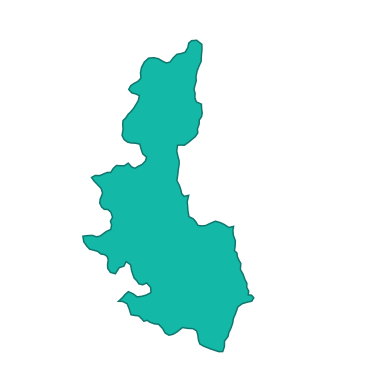 Fortuna de Minas, Minas Gerais, Brazil (Natural Earth projection), rotated 25°
{"feature_id": "56859067B93002410173864", "entity_name": "Fortuna de Minas", "entity_type": "district", "adm_level": 2, "iso_a3": "BRA", "parent_name": "Brazil", "parent_adm1": "Minas Gerais", "projection": "natural_earth1", "projection_center": [-44.511, -19.534], "detail": "fine", "context": "isolated", "style": "filled", "palette": "teal", "viewbox_px": 384, "rotation_deg": 25, "n_neighbors": 0, "source": "geoboundaries", "source_scale": "gbopen_adm2", "svg_char_len": 2878}
<svg xmlns="http://www.w3.org/2000/svg" viewBox="0 0 384 384"><g transform="rotate(25 192 192)"><path d="M169.8,127.4L168.2,123.8L168.8,119.5L167.8,115.9L165.6,112.6L163.4,108.4L157.9,108.5L154.7,105.3L153.1,101.3L150.4,98.1L149.5,93.6L148.9,89.5L146.9,85.9L145.5,80.3L145.1,74.9L145.1,69.9L142.5,63.5L140.9,58.8L138.5,54.0L132.1,52.5L127.7,55.0L126.1,58.4L127.2,62.8L126.7,68.2L123.9,70.9L120.1,73.6L118.3,78.4L117.2,83.5L114.2,85.9L110.2,85.9L105.4,85.4L100.7,86.4L96.1,89.0L93.9,94.3L93.6,100.5L95.0,105.9L97.6,110.2L96.2,114.7L93.7,117.9L91.5,121.6L91.3,125.8L95.5,127.6L99.1,127.0L103.5,126.8L104.7,131.9L104.3,135.7L103.7,141.0L102.7,144.8L101.3,148.5L100.6,153.0L99.3,156.4L100.6,160.0L103.0,164.2L104.7,170.3L108.3,173.2L112.5,174.0L115.7,173.4L120.3,171.6L124.5,170.7L127.9,174.8L131.3,178.3L136.1,179.6L136.7,183.5L135.2,188.0L132.3,191.6L130.3,194.6L126.7,194.8L122.0,192.8L119.5,197.0L115.7,198.6L112.3,199.9L110.7,203.9L110.1,208.6L106.9,210.1L104.3,212.9L101.5,216.1L97.3,217.9L94.8,221.3L98.5,223.4L103.7,225.4L108.2,227.2L111.5,231.0L111.8,237.2L113.1,241.1L116.5,243.8L119.7,244.8L123.2,243.4L127.0,244.6L130.7,248.5L130.4,253.0L133.0,255.7L134.2,260.2L130.9,264.2L129.1,267.5L127.3,270.8L124.3,273.0L120.1,273.4L115.5,275.8L111.8,278.2L115.0,282.9L119.5,285.5L123.4,287.1L127.5,286.3L131.5,285.7L135.7,286.7L139.1,285.7L142.4,286.3L144.8,288.9L146.0,293.2L147.9,296.9L152.0,299.3L157.1,298.5L158.0,291.4L161.6,288.0L161.7,282.9L167.1,283.9L170.2,288.4L173.0,291.5L176.0,294.5L179.5,295.8L182.7,297.7L186.6,296.9L189.4,293.6L194.9,296.0L197.3,300.5L194.2,304.6L190.8,307.6L186.7,310.2L181.7,309.2L176.4,309.2L174.7,313.2L173.5,317.5L171.6,322.1L175.4,320.5L180.5,320.7L184.2,324.2L188.6,329.0L192.0,328.2L195.9,326.8L200.0,328.2L203.0,329.5L205.6,327.2L208.8,327.8L213.7,327.4L217.6,326.0L223.0,328.1L227.4,331.2L231.7,331.5L234.9,329.0L237.6,325.1L240.6,318.9L246.0,317.3L250.7,315.4L254.9,315.9L257.7,319.1L260.4,323.4L263.3,326.4L267.6,326.8L271.0,326.6L274.7,326.4L279.3,325.9L283.7,325.4L287.3,323.6L286.7,318.4L284.5,313.5L285.7,307.6L284.8,303.9L284.8,298.7L284.3,293.8L283.0,289.2L282.8,283.3L282.1,276.8L284.7,272.0L288.4,268.7L292.3,265.7L292.7,261.8L289.6,260.4L286.4,261.4L285.3,257.9L281.9,255.3L280.3,251.5L276.9,248.9L273.1,245.0L268.6,241.8L266.4,236.1L263.5,234.1L260.4,231.4L258.5,228.3L255.3,227.3L254.1,223.2L251.9,217.9L247.8,213.8L245.2,209.3L244.2,205.6L240.4,208.6L234.8,207.8L230.5,207.8L225.5,208.6L221.4,213.2L218.5,216.7L215.4,218.5L211.5,219.8L207.9,217.3L204.3,215.7L199.7,215.7L196.1,210.5L193.7,206.1L191.8,202.9L190.4,196.4L186.7,199.3L183.4,197.9L181.0,194.8L177.8,191.4L173.5,188.1L172.0,183.1L170.0,177.2L168.8,172.8L167.3,169.4L163.9,165.3L160.9,161.4L159.1,155.8L162.3,154.0L165.3,152.9L168.0,148.1L169.8,144.2L171.6,140.4L172.3,136.1L170.2,132.4L169.8,127.4Z" fill="#14b8a6" stroke="#0f766e" stroke-width="1.5"/></g></svg>